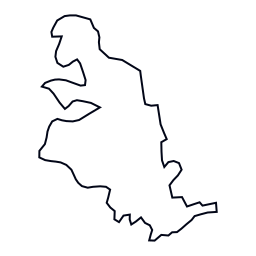 Novo Xingu, Rio Grande do Sul, Brazil (Natural Earth projection)
{"feature_id": "56859067B34726343619953", "entity_name": "Novo Xingu", "entity_type": "district", "adm_level": 2, "iso_a3": "BRA", "parent_name": "Brazil", "parent_adm1": "Rio Grande do Sul", "projection": "natural_earth1", "projection_center": [-53.062, -27.74], "detail": "fine", "context": "isolated", "style": "outline", "palette": "ink", "viewbox_px": 256, "rotation_deg": 0, "n_neighbors": 0, "source": "geoboundaries", "source_scale": "gbopen_adm2", "svg_char_len": 1608}
<svg xmlns="http://www.w3.org/2000/svg" viewBox="0 0 256 256"><path d="M90.3,19.4L85.0,17.9L76.0,15.4L69.9,15.4L64.6,16.1L57.2,20.5L53.3,27.6L51.4,32.0L52.2,36.7L61.7,36.4L59.1,44.1L56.1,51.1L55.4,56.8L57.4,62.9L63.3,66.7L68.8,64.9L72.9,61.6L77.1,59.4L80.1,63.4L83.1,72.2L85.6,80.1L85.0,85.1L80.6,85.6L72.5,82.7L65.9,80.3L59.1,79.4L55.0,79.6L50.9,80.6L45.1,82.9L41.9,86.6L49.0,88.7L53.6,93.7L59.6,102.6L64.9,108.9L68.6,106.1L72.6,101.5L76.9,100.2L82.9,101.2L90.9,102.9L99.9,107.4L88.8,114.0L83.8,117.1L79.1,120.0L72.8,121.4L66.5,121.1L62.0,120.3L57.4,118.9L52.2,121.4L49.2,126.6L47.5,131.5L46.6,137.5L44.9,144.1L39.4,150.9L39.3,157.4L45.1,160.1L51.0,161.1L55.7,161.6L60.6,162.4L66.3,164.9L71.4,169.7L73.9,175.1L75.8,179.3L78.3,182.9L81.9,186.1L87.7,187.7L93.0,186.8L100.2,186.3L106.0,186.8L110.1,189.6L108.2,197.6L106.7,202.8L110.3,207.5L114.7,211.1L114.4,219.3L119.0,222.1L123.5,215.6L129.8,214.6L129.7,219.5L131.3,224.5L135.8,221.6L141.0,217.4L145.0,222.9L149.8,225.3L152.2,230.0L150.7,234.7L149.2,240.4L154.6,240.6L161.3,234.9L168.4,235.5L172.1,232.3L177.0,232.1L181.4,228.7L186.5,224.2L191.6,220.0L194.6,216.1L200.8,214.3L207.7,212.5L216.7,211.9L216.0,202.8L202.5,205.6L199.6,202.3L194.1,204.1L187.0,206.5L182.0,197.1L172.3,197.6L169.5,185.3L173.4,180.1L177.9,175.4L181.6,169.7L179.0,163.1L173.7,161.0L168.4,162.1L164.3,167.0L162.0,160.3L161.5,151.6L161.3,142.2L166.7,139.1L164.1,133.1L160.6,124.4L157.6,105.1L151.2,105.7L145.3,104.1L144.0,98.4L140.8,75.7L140.2,70.9L122.2,60.0L108.9,57.7L99.7,49.2L98.9,42.2L99.4,37.4L98.0,31.4L93.9,27.9L90.3,19.4Z" fill="none" stroke="#020617" stroke-width="2"/></svg>